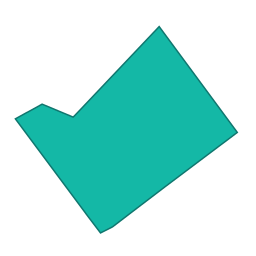 Al-Ganoub 2, Al Isma`iliyah, Egypt (orthographic projection), rotated 55°
{"feature_id": "37247803B49247378717422", "entity_name": "Al-Ganoub 2", "entity_type": "district", "adm_level": 2, "iso_a3": "EGY", "parent_name": "Egypt", "parent_adm1": "Al Isma`iliyah", "projection": "orthographic", "projection_center": [32.241, 30.969], "detail": "fine", "context": "isolated", "style": "filled", "palette": "teal", "viewbox_px": 256, "rotation_deg": 55, "n_neighbors": 0, "source": "geoboundaries", "source_scale": "gbopen_adm2", "svg_char_len": 394}
<svg xmlns="http://www.w3.org/2000/svg" viewBox="0 0 256 256"><g transform="rotate(55 128 128)"><path d="M62.8,44.3L85.9,157.8L87.3,164.8L87.6,166.7L59.2,184.7L57.6,199.7L57.4,201.4L57.3,201.8L55.9,215.0L56.2,215.0L173.1,211.6L174.8,211.6L198.2,210.7L200.1,197.4L198.8,166.5L197.4,132.0L195.1,64.5L194.7,51.9L194.3,41.0L62.8,44.3Z" fill="#14b8a6" stroke="#0f766e" stroke-width="1.5"/></g></svg>